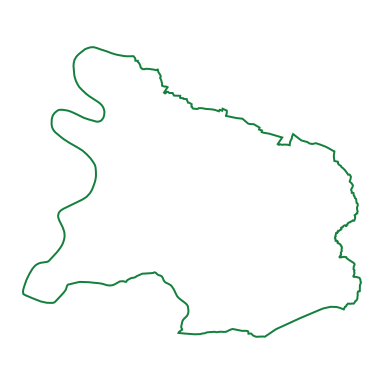 Manorom, Chai Nat, Thailand
{"feature_id": "78962969B59709031749795", "entity_name": "Manorom", "entity_type": "district", "adm_level": 2, "iso_a3": "THA", "parent_name": "Thailand", "parent_adm1": "Chai Nat", "projection": "orthographic", "projection_center": [100.194, 15.331], "detail": "fine", "context": "isolated", "style": "outline", "palette": "green", "viewbox_px": 384, "rotation_deg": 0, "n_neighbors": 0, "source": "geoboundaries", "source_scale": "gbopen_adm2", "svg_char_len": 5926}
<svg xmlns="http://www.w3.org/2000/svg" viewBox="0 0 384 384"><path d="M282.2,137.5L269.3,133.7L263.5,132.7L261.6,132.1L261.6,131.9L262.0,130.5L259.0,129.5L259.6,127.6L253.7,124.2L249.6,124.0L248.2,123.6L242.4,118.7L236.7,118.1L226.0,115.9L226.0,115.5L226.6,114.0L226.8,113.0L226.8,110.6L222.6,108.7L222.2,110.7L219.6,109.9L218.9,111.3L215.2,110.0L212.3,109.4L205.7,108.9L201.6,108.1L198.7,108.1L198.1,108.7L197.1,109.0L193.3,108.6L192.6,108.3L192.1,106.9L191.4,106.6L191.7,104.2L189.5,102.9L188.7,102.6L188.1,102.7L187.0,100.3L186.7,99.1L183.6,98.9L183.3,98.3L180.2,97.9L180.1,97.5L180.2,95.8L174.0,95.6L172.6,93.0L169.3,93.0L168.1,91.9L166.9,91.8L165.3,93.4L165.0,93.4L164.0,92.6L167.6,87.2L166.4,86.6L164.2,86.5L162.1,85.7L162.1,83.4L161.6,82.0L161.3,80.5L160.1,77.8L160.4,77.1L160.8,76.5L160.1,74.7L158.4,72.2L157.8,69.6L157.2,69.6L156.9,70.1L155.7,70.1L153.9,69.6L148.6,68.9L146.4,68.8L144.8,69.0L144.4,69.2L142.4,69.1L141.7,68.3L140.8,67.7L140.0,64.9L139.0,63.0L137.8,61.9L137.8,60.8L135.4,60.7L135.2,58.6L134.9,57.9L133.5,56.2L127.4,56.3L125.5,56.2L123.2,55.9L116.7,54.7L111.8,53.3L107.2,51.5L99.7,49.1L96.8,48.0L94.2,47.3L93.2,47.2L90.6,47.3L87.8,48.1L85.0,49.2L79.1,53.9L77.3,55.6L76.1,57.1L74.5,59.9L73.8,62.7L73.5,65.8L74.2,74.2L74.7,77.2L76.0,81.1L77.6,84.4L79.3,87.1L82.1,90.0L86.5,94.1L89.4,96.3L98.3,102.1L100.3,103.7L102.0,105.5L103.2,107.4L103.8,109.0L104.4,111.3L104.4,112.5L104.2,114.8L103.7,116.9L103.2,118.0L102.0,119.7L100.7,120.9L98.9,121.5L98.0,121.7L96.4,121.6L88.5,119.4L83.8,117.8L75.7,113.8L71.3,111.8L67.8,110.6L62.8,109.8L59.8,109.8L58.5,110.1L57.4,110.7L56.3,111.5L54.8,112.8L53.7,114.1L52.9,115.3L52.0,118.0L51.7,119.8L51.6,124.4L52.0,126.9L52.9,129.1L54.3,131.2L55.4,132.4L60.8,136.9L63.6,139.1L69.2,142.7L77.9,147.7L82.4,150.5L86.6,154.2L90.4,158.2L93.0,161.8L94.8,164.8L95.5,167.0L95.9,171.2L96.0,176.1L95.6,178.8L95.2,180.9L93.9,184.9L92.0,189.8L90.1,193.0L88.8,194.5L86.4,197.0L82.5,199.5L63.6,208.7L61.0,210.3L60.2,211.1L59.0,212.5L58.6,213.5L58.1,215.8L58.3,217.7L59.3,220.5L62.6,227.1L64.1,231.3L64.4,232.9L64.6,236.1L64.4,237.9L64.0,239.9L62.9,243.2L61.8,245.4L60.2,248.0L57.0,252.2L48.6,261.2L47.0,261.9L40.7,262.8L38.3,263.6L36.1,264.9L34.8,266.0L33.5,267.5L32.3,269.0L29.5,273.7L27.3,278.1L26.3,280.3L24.0,287.0L23.2,289.9L23.0,291.8L23.4,294.1L25.6,295.3L32.7,298.3L40.9,301.5L46.9,302.8L52.9,302.9L54.5,302.3L55.3,301.6L60.5,296.1L63.8,292.5L65.5,290.2L66.0,289.2L67.0,285.9L67.8,284.7L68.2,284.6L77.7,282.3L79.9,281.9L88.6,282.2L99.5,283.3L102.4,283.8L107.0,285.2L109.7,285.5L112.0,285.3L114.4,284.5L119.9,281.4L123.2,281.2L125.4,281.8L126.3,281.8L126.7,280.9L127.4,280.1L129.7,278.8L131.4,278.0L133.8,277.7L135.5,277.1L136.6,276.2L142.3,273.7L150.8,273.2L153.3,272.9L154.6,272.3L155.9,272.9L157.4,274.4L158.3,275.0L160.9,275.8L161.9,276.5L162.6,277.6L163.7,280.3L164.7,281.7L165.6,282.5L168.9,284.1L171.0,285.4L171.9,286.5L173.7,289.2L176.9,295.8L177.7,296.9L179.8,298.9L185.7,303.4L187.0,304.8L187.6,305.7L188.0,307.2L188.4,310.3L188.4,312.0L188.0,313.8L187.0,315.9L183.7,319.1L182.9,320.2L182.3,321.6L181.2,326.6L181.3,327.6L182.1,329.1L182.2,329.7L180.6,330.7L179.0,332.0L178.5,332.9L184.1,333.5L194.7,334.3L200.4,334.1L201.9,333.6L205.0,333.2L206.0,332.7L207.4,332.3L214.5,331.8L216.7,332.2L220.4,331.7L223.5,331.9L226.2,331.8L227.4,331.1L231.1,329.4L232.8,329.0L242.2,330.9L245.6,330.8L247.7,331.1L248.1,331.5L248.5,333.7L249.2,333.5L251.2,333.6L253.2,335.6L256.2,336.8L262.5,336.5L264.9,336.7L276.0,329.2L300.2,318.1L320.3,309.6L323.7,308.3L330.8,306.8L336.6,307.0L340.0,307.9L343.8,309.4L344.9,306.9L345.9,306.5L346.7,304.9L347.4,304.4L347.9,303.6L350.4,303.8L352.0,303.5L353.6,303.7L354.6,302.5L355.6,300.8L356.3,300.6L357.4,298.6L357.5,296.1L357.8,295.1L357.5,293.3L358.1,291.5L358.4,291.3L359.5,291.4L359.8,291.2L359.9,285.3L361.0,282.4L360.5,281.5L360.4,279.5L359.8,278.7L359.6,278.0L359.3,277.8L356.1,276.9L353.7,276.8L353.4,276.6L353.4,275.9L354.0,275.0L354.5,273.0L354.1,271.5L354.5,270.3L354.3,269.9L353.6,269.4L353.5,269.0L353.8,266.3L354.6,264.8L354.5,264.0L354.2,263.4L353.2,262.6L348.9,259.9L346.5,258.0L346.3,257.2L344.1,256.8L339.9,257.5L339.5,257.1L339.5,256.9L340.0,256.5L340.1,256.0L340.7,255.6L340.6,255.0L341.1,254.6L340.8,252.9L341.2,252.0L341.8,251.1L341.5,249.6L341.9,248.2L341.7,247.6L341.9,247.1L341.5,246.2L341.1,246.0L340.7,245.5L340.6,244.6L340.0,244.2L339.4,243.7L337.8,243.2L337.9,242.0L337.2,241.7L337.2,241.0L335.6,240.8L335.7,239.5L335.4,238.7L335.0,238.6L334.9,238.2L335.2,237.8L335.2,236.6L335.7,236.2L335.5,235.8L335.6,234.9L336.0,233.9L336.1,233.1L337.3,233.0L337.8,232.2L337.6,231.6L338.1,231.4L338.2,230.9L338.6,231.0L339.0,230.7L339.3,230.7L339.6,230.3L340.7,229.8L340.8,229.2L341.4,229.0L341.2,227.8L341.7,227.8L341.9,227.3L342.8,227.0L343.5,225.9L344.9,225.3L345.5,225.4L345.9,226.0L346.4,226.0L346.7,225.5L346.8,224.9L347.4,224.7L347.6,223.5L348.2,223.2L348.5,222.8L349.3,222.3L350.0,222.3L350.6,221.7L351.5,221.4L352.9,220.4L353.8,220.8L354.2,220.7L354.8,219.2L355.1,218.1L355.2,216.8L354.7,215.7L354.6,215.2L355.0,214.9L355.6,214.7L356.1,214.2L356.3,213.6L357.2,213.4L357.1,212.6L357.7,211.7L357.1,209.4L357.0,207.6L357.8,205.3L357.7,204.0L357.4,203.4L356.6,203.0L356.1,198.9L355.0,198.1L354.7,197.1L354.6,196.3L353.8,195.7L353.5,193.0L353.3,192.9L351.8,192.9L351.7,191.2L351.1,189.9L351.4,188.8L352.3,187.6L352.9,185.6L352.9,185.3L351.4,183.0L350.1,182.1L349.7,181.5L350.6,178.7L350.9,176.6L349.8,174.8L349.1,174.5L348.4,174.7L347.9,174.5L347.6,173.8L345.0,170.2L343.1,168.3L341.4,167.0L341.0,166.0L338.9,164.7L338.0,163.4L338.0,162.1L337.8,161.7L334.4,161.0L333.8,156.3L334.4,151.4L333.6,151.1L328.6,148.2L325.2,146.5L319.9,144.5L315.9,143.2L312.2,144.0L309.3,143.4L307.5,142.1L301.3,140.4L293.1,134.1L292.0,136.7L291.7,138.8L291.2,139.4L290.0,142.3L289.7,145.2L287.6,144.7L284.1,144.6L281.6,144.8L280.4,144.3L279.6,144.4L279.1,144.8L278.4,144.7L277.7,144.1L282.2,137.5Z" fill="none" stroke="#15803d" stroke-width="2"/></svg>